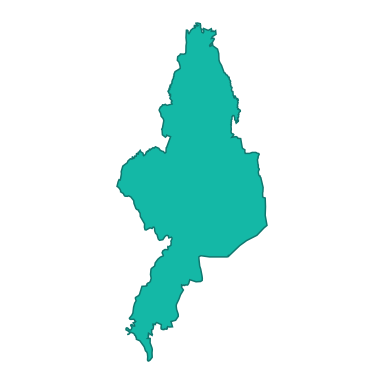 outline of Kudus, Jawa Tengah, Indonesia
{"feature_id": "22746128B61967707401144", "entity_name": "Kudus", "entity_type": "district", "adm_level": 2, "iso_a3": "IDN", "parent_name": "Indonesia", "parent_adm1": "Jawa Tengah", "projection": "equal_earth", "projection_center": [110.867, -6.798], "detail": "fine", "context": "isolated", "style": "filled", "palette": "teal", "viewbox_px": 384, "rotation_deg": 0, "n_neighbors": 0, "source": "geoboundaries", "source_scale": "gbopen_adm2", "svg_char_len": 6010}
<svg xmlns="http://www.w3.org/2000/svg" viewBox="0 0 384 384"><path d="M127.2,334.5L128.5,334.3L129.1,333.9L129.7,333.3L130.2,332.8L130.4,332.2L132.7,332.9L134.5,334.2L134.6,335.0L135.7,336.0L135.7,336.8L136.3,337.6L136.4,339.3L139.9,340.8L144.2,346.8L145.5,350.8L146.7,351.9L147.4,353.5L147.7,356.8L147.5,360.0L147.9,360.8L148.6,361.0L148.6,360.6L150.0,360.2L152.2,357.3L152.0,352.8L152.3,349.7L152.0,348.0L150.1,342.9L150.2,338.5L147.5,338.4L148.5,337.5L148.2,336.2L148.5,335.6L148.2,335.6L148.5,333.2L152.1,335.4L152.4,334.4L151.7,333.1L151.6,329.6L152.7,329.4L153.1,328.8L153.6,325.6L152.9,325.2L153.0,324.1L155.3,324.5L155.2,323.9L156.7,322.5L161.3,324.6L161.0,328.1L161.4,328.2L161.4,329.1L163.0,329.6L164.0,329.6L164.4,329.0L166.7,329.2L166.8,328.3L167.3,328.4L167.6,326.6L169.7,327.0L172.5,326.8L171.0,321.5L175.6,320.3L178.3,316.3L178.2,314.2L176.6,309.4L176.2,305.9L176.5,304.2L178.9,299.2L180.5,294.8L183.4,290.0L181.5,287.2L181.6,284.9L182.8,285.6L183.6,285.0L184.7,285.5L185.4,284.9L187.6,285.0L188.7,283.4L189.8,279.7L196.0,281.8L200.6,281.5L202.2,280.4L202.3,278.3L202.0,275.8L200.7,269.1L199.7,266.1L198.8,257.7L199.0,256.7L200.8,255.7L209.4,256.9L227.2,256.9L228.3,256.4L228.5,256.3L228.2,254.8L228.6,256.2L239.8,245.5L246.7,240.5L256.9,235.3L264.0,227.9L267.0,225.4L265.2,215.4L265.5,206.8L265.2,198.0L263.4,197.5L262.7,196.7L262.6,192.7L262.9,191.8L263.1,187.4L260.8,177.6L260.1,176.8L260.1,176.1L259.6,176.1L258.8,175.0L258.3,172.5L258.5,170.8L259.2,169.7L259.2,169.0L258.3,167.6L258.3,164.9L258.0,164.4L257.4,159.7L258.2,157.7L257.9,157.1L259.2,154.2L258.7,153.5L257.6,153.4L255.8,152.4L252.2,152.4L249.7,153.4L245.3,153.4L244.8,151.8L244.9,149.8L242.7,148.5L242.2,147.4L240.7,138.6L237.8,138.3L237.5,137.4L236.1,136.6L231.8,137.3L233.8,134.8L233.4,134.1L232.1,133.7L231.3,132.9L231.0,131.4L231.3,129.4L231.0,126.0L231.3,125.3L230.9,124.6L231.2,124.5L231.0,124.0L231.4,123.1L231.0,122.3L231.5,121.5L231.2,120.1L231.9,119.4L232.0,116.7L232.9,115.5L233.9,115.6L234.7,117.8L234.7,119.6L235.3,120.6L236.1,120.8L235.8,122.1L236.2,123.2L237.5,122.0L237.2,121.5L237.5,121.1L238.3,121.2L238.4,120.3L237.4,120.0L237.5,119.3L238.0,118.8L237.6,117.7L238.5,117.2L238.7,115.9L238.2,114.7L238.9,114.3L238.7,113.4L239.3,112.1L240.3,111.4L240.3,110.5L239.8,109.8L238.9,109.6L238.5,108.8L237.9,109.0L237.8,108.1L237.2,107.2L237.7,106.4L237.3,105.0L237.8,104.1L237.7,102.9L238.1,102.7L237.6,101.1L238.3,100.3L238.0,99.2L237.5,98.6L237.2,98.6L237.1,99.6L236.7,99.3L235.1,96.0L234.5,96.0L234.6,97.2L234.3,97.9L234.0,97.7L233.6,95.8L233.2,95.5L232.9,91.6L232.1,91.5L231.4,89.9L232.0,87.4L230.9,86.7L231.0,85.9L230.5,85.3L230.7,83.8L230.2,82.2L230.6,81.2L229.3,79.3L229.1,77.3L228.5,77.3L227.1,75.1L225.9,74.6L225.3,73.2L224.1,72.6L221.6,65.6L219.7,62.3L219.0,60.1L218.7,53.5L217.5,49.1L213.2,46.0L212.8,45.5L212.6,44.2L211.1,45.9L210.0,46.4L209.6,45.7L210.2,44.5L212.5,42.2L214.3,39.0L213.7,38.2L211.4,38.5L212.4,36.6L216.0,34.3L215.6,30.6L214.5,31.4L213.5,31.5L213.0,30.9L212.5,31.4L211.2,31.4L211.6,29.8L211.3,28.7L208.2,30.4L203.4,28.4L202.9,29.4L203.8,31.0L203.8,31.9L203.1,32.9L201.9,32.3L201.3,29.1L200.4,27.2L200.7,26.0L200.3,23.7L197.6,23.0L195.9,23.2L196.0,24.0L198.1,25.6L197.1,26.0L194.4,25.5L194.2,26.3L195.3,27.4L195.1,27.8L193.1,28.3L190.9,30.2L189.0,33.7L188.5,33.5L188.1,32.2L188.0,30.8L187.1,30.1L186.4,30.2L186.0,37.7L186.5,42.6L186.0,45.8L185.9,52.2L185.4,53.6L183.8,54.2L180.4,54.0L180.0,54.9L177.7,56.7L177.3,60.3L179.0,62.2L180.1,66.2L180.2,68.5L175.1,71.6L174.0,74.1L173.9,76.5L173.5,76.8L173.4,78.6L172.7,79.3L172.0,81.4L171.9,83.5L171.2,84.1L170.7,85.6L170.2,85.3L169.8,86.4L170.4,87.2L169.2,88.2L169.6,88.6L169.2,89.2L169.5,89.6L168.8,89.9L168.6,90.9L168.0,91.2L169.4,94.0L170.5,94.3L170.5,95.1L169.7,95.4L170.6,96.2L169.9,98.3L172.1,101.0L171.2,102.1L172.1,104.0L167.3,105.3L166.7,105.3L165.3,104.3L163.9,104.9L162.6,104.8L161.6,106.4L160.4,107.1L159.2,109.7L159.2,110.5L160.7,113.4L161.1,116.2L163.2,118.6L163.8,120.7L162.4,128.2L161.7,129.2L162.1,130.3L162.4,134.8L165.4,137.2L166.5,136.2L166.7,135.2L170.6,136.7L166.6,147.5L166.2,147.8L166.0,152.1L165.4,152.9L164.6,153.0L163.4,151.5L161.7,151.1L160.0,150.0L158.8,148.3L155.4,146.8L154.1,148.1L153.0,147.7L151.1,149.2L149.7,149.2L149.9,149.8L149.5,149.7L148.4,150.6L148.3,151.2L147.5,151.1L147.3,151.8L146.4,151.9L145.5,154.4L143.8,155.7L143.4,155.4L143.0,153.2L140.9,151.9L140.2,150.4L139.1,152.0L138.4,152.3L138.4,154.1L137.9,154.2L137.3,153.4L136.5,153.7L136.2,156.2L134.8,156.1L134.4,157.8L133.8,158.4L133.4,158.4L132.9,157.0L132.4,156.9L131.9,159.1L130.3,158.8L128.0,160.9L127.3,162.7L122.8,166.1L121.2,171.7L121.4,173.9L120.6,178.3L120.1,180.1L119.0,179.7L118.1,181.9L117.0,186.4L118.5,187.4L120.2,189.6L120.7,191.1L120.6,191.8L123.3,193.5L124.4,195.7L125.1,196.2L127.6,196.3L128.5,195.8L130.8,196.9L133.7,200.6L134.0,203.5L135.9,208.5L136.7,209.4L138.4,210.0L138.3,210.4L140.1,213.3L140.3,216.5L144.6,223.9L144.4,227.2L145.0,229.7L146.1,230.0L150.0,227.8L152.1,228.5L153.2,227.1L154.2,227.3L154.6,228.5L154.7,230.8L155.6,233.3L157.0,234.6L158.3,239.1L159.5,240.3L162.8,239.7L164.9,236.6L165.8,235.7L167.1,235.3L168.3,235.8L168.8,237.9L171.4,237.2L172.0,238.1L172.0,239.0L170.9,241.2L171.2,242.4L170.9,245.3L168.7,246.8L167.9,246.5L167.7,247.1L168.1,248.7L167.7,249.7L165.0,249.5L162.9,250.8L162.1,252.8L163.3,255.2L163.2,255.9L160.4,257.1L157.9,259.2L155.2,262.9L154.7,266.0L151.6,268.3L151.0,269.2L150.5,274.6L151.2,278.3L150.3,281.5L149.2,282.6L147.8,283.1L147.0,283.9L147.0,285.2L146.6,285.0L146.0,286.1L142.0,286.3L139.5,294.4L138.6,295.6L135.5,297.5L135.4,298.5L136.1,300.8L134.7,303.2L133.6,307.1L132.9,313.0L131.7,315.4L129.4,318.2L129.7,319.0L130.6,319.4L133.8,319.2L134.6,320.0L134.7,320.7L135.7,321.4L135.3,322.0L133.2,322.8L134.6,325.2L134.6,326.1L133.1,326.0L132.0,324.5L131.0,324.7L130.7,325.4L132.0,327.7L131.2,329.5L130.7,329.9L129.6,330.0L127.6,328.0L126.5,327.9L126.1,328.3L126.0,329.8L128.5,331.2L129.6,332.6L129.7,333.1L129.2,333.8L127.2,334.5Z" fill="#14b8a6" stroke="#0f766e" stroke-width="1.5"/></svg>